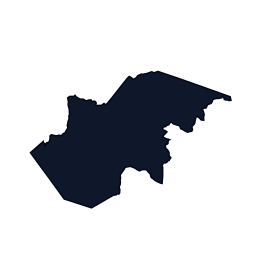 outline of Monsenhor Tabosa, Ceará, Brazil, rotated 226°
{"feature_id": "56859067B83702629342983", "entity_name": "Monsenhor Tabosa", "entity_type": "district", "adm_level": 2, "iso_a3": "BRA", "parent_name": "Brazil", "parent_adm1": "Ceará", "projection": "orthographic", "projection_center": [-40.061, -4.94], "detail": "fine", "context": "isolated", "style": "filled", "palette": "ink", "viewbox_px": 256, "rotation_deg": 226, "n_neighbors": 0, "source": "geoboundaries", "source_scale": "gbopen_adm2", "svg_char_len": 2847}
<svg xmlns="http://www.w3.org/2000/svg" viewBox="0 0 256 256"><g transform="rotate(226 128 128)"><path d="M177.2,57.7L178.0,40.7L165.3,38.9L148.7,36.7L121.2,32.8L95.9,46.3L90.7,67.3L90.2,69.1L89.8,70.9L88.2,72.9L88.2,74.4L86.8,75.5L87.2,77.0L88.1,77.9L89.1,79.1L91.0,80.2L92.1,81.2L92.4,82.3L93.2,83.5L94.1,84.7L95.5,85.7L97.0,87.7L98.1,88.6L99.4,89.5L100.1,91.3L100.2,93.0L100.8,95.1L101.0,97.1L101.8,98.1L101.2,99.5L100.3,100.8L99.3,102.3L98.2,103.5L96.7,104.0L94.7,105.0L92.7,105.4L90.5,106.0L89.0,106.7L88.8,108.0L87.6,110.0L86.6,111.0L85.4,112.1L83.4,112.2L81.3,112.0L79.6,112.2L78.2,111.3L76.8,110.5L75.4,110.4L74.1,110.8L72.3,110.9L71.0,111.2L69.2,111.7L67.8,112.3L66.2,112.9L64.4,114.0L69.5,119.7L75.7,125.7L77.1,126.1L77.7,127.9L78.5,129.2L76.8,130.7L76.4,132.3L76.7,133.7L76.1,135.2L76.6,136.8L76.8,138.1L79.8,138.4L81.3,140.1L83.1,140.9L85.2,141.2L87.2,141.0L88.9,142.2L90.0,143.6L89.2,144.7L89.1,145.9L90.0,147.0L91.0,148.4L90.7,149.8L92.3,149.0L93.3,148.2L94.9,147.6L96.7,147.2L98.3,147.6L97.9,149.6L98.1,151.4L98.1,153.3L99.3,153.2L100.7,152.8L101.9,152.0L103.2,152.2L104.3,154.0L103.5,155.1L102.8,156.2L103.0,157.5L102.0,159.6L102.6,161.5L102.2,163.1L100.7,163.5L99.3,163.6L95.9,165.4L94.6,166.4L92.0,166.1L91.0,165.4L89.7,166.0L88.0,166.5L85.1,167.3L83.3,168.2L82.9,169.5L81.4,171.5L81.9,173.2L84.7,174.9L84.7,177.1L84.9,178.8L86.5,181.3L87.7,182.9L88.5,184.3L88.1,185.9L86.1,186.3L84.7,186.3L83.0,186.2L81.0,187.9L83.4,190.0L84.1,191.2L85.0,192.3L86.7,193.2L88.2,193.9L89.8,194.5L89.7,196.3L88.2,198.0L88.8,199.6L89.6,201.4L88.6,203.4L88.0,205.1L88.5,207.0L89.5,208.5L89.0,210.0L88.0,212.0L86.7,213.2L85.8,214.7L84.6,216.3L84.6,218.0L83.1,217.9L81.9,217.2L80.5,217.6L79.0,219.1L77.5,219.8L76.4,221.3L79.5,223.2L127.0,199.6L131.3,197.4L147.9,188.8L148.9,186.7L149.6,185.0L151.9,184.2L152.7,182.5L153.6,180.5L154.4,178.8L155.4,177.4L156.4,175.9L157.5,175.0L158.2,173.1L158.9,171.4L158.4,168.9L158.8,167.3L159.5,165.4L161.5,165.5L164.2,164.7L164.3,162.6L163.4,155.6L160.8,136.7L160.1,130.1L160.3,128.0L162.3,127.8L162.6,125.9L162.7,124.4L164.2,123.2L165.0,121.9L166.3,121.1L167.6,121.1L168.0,122.5L169.7,122.9L171.2,122.0L172.2,120.2L173.9,120.9L175.1,119.6L176.0,117.8L176.7,116.5L178.4,116.3L179.9,115.8L181.0,114.7L182.0,113.6L184.3,112.9L186.5,112.4L188.3,112.6L188.3,111.0L189.5,109.8L191.2,108.0L191.6,105.6L190.1,104.5L188.1,103.3L186.9,101.7L185.6,100.6L184.4,99.9L183.3,99.3L182.0,98.6L180.7,97.3L179.4,96.2L178.3,95.3L177.8,94.0L176.6,92.8L175.4,91.9L174.9,90.6L174.3,89.4L173.3,88.2L172.5,86.9L171.9,85.9L170.6,85.5L169.7,84.5L169.3,82.5L168.7,80.7L168.2,79.2L169.0,77.5L168.6,75.4L169.7,74.0L170.9,73.3L171.6,71.7L173.1,70.2L175.0,69.1L176.4,68.1L176.4,66.3L175.1,65.2L174.1,64.0L173.1,62.3L172.9,60.6L173.9,59.4L173.3,55.9L174.8,57.2L175.9,56.8L177.2,57.7Z" fill="#0f172a" stroke="#020617" stroke-width="1.5"/></g></svg>